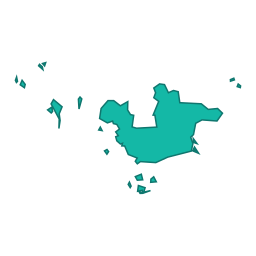 outline of Basilan, Basilan, Philippines
{"feature_id": "2640588B29921835743372", "entity_name": "Basilan", "entity_type": "district", "adm_level": 2, "iso_a3": "PHL", "parent_name": "Philippines", "parent_adm1": "Basilan", "projection": "orthographic", "projection_center": [121.96, 6.593], "detail": "medium", "context": "isolated", "style": "filled", "palette": "teal", "viewbox_px": 256, "rotation_deg": 0, "n_neighbors": 0, "source": "geoboundaries", "source_scale": "gbopen_adm2", "svg_char_len": 1855}
<svg xmlns="http://www.w3.org/2000/svg" viewBox="0 0 256 256"><path d="M127.8,101.6L120.4,105.8L113.7,100.6L108.0,100.6L101.1,108.5L99.6,118.5L107.4,122.9L112.6,121.1L113.4,123.6L116.8,124.4L119.5,129.0L115.7,131.9L118.3,135.7L115.7,136.7L116.8,140.8L120.4,144.0L122.5,143.3L121.8,145.9L124.7,146.0L128.3,154.5L137.2,158.0L135.3,161.3L137.3,163.8L140.4,161.6L155.8,162.6L167.8,157.1L191.3,151.1L192.9,143.7L190.7,137.2L193.5,134.6L195.7,123.3L202.0,119.9L217.0,121.0L222.5,113.2L217.6,108.5L208.2,109.4L201.3,103.8L179.8,102.7L178.2,91.7L173.5,90.5L168.4,92.7L164.5,84.6L159.6,83.9L153.8,88.0L155.6,92.8L153.8,97.7L158.7,101.4L153.1,115.1L154.9,115.2L156.8,127.1L136.5,128.2L132.1,126.9L133.7,115.3L130.5,114.6L127.6,110.0L127.8,101.6ZM53.5,99.6L51.1,103.9L59.2,119.0L58.9,128.5L60.1,120.5L59.2,113.8L62.1,106.8L53.5,99.6ZM138.4,185.5L137.6,191.3L142.2,190.3L142.7,192.9L139.2,191.9L140.1,193.4L142.8,193.3L150.5,190.6L143.8,192.1L145.1,187.7L138.4,185.5ZM141.3,174.2L135.3,176.6L137.3,180.2L142.7,179.8L141.3,174.2ZM80.0,97.0L78.4,99.1L79.0,109.0L81.8,98.9L80.0,97.0ZM22.1,80.3L20.2,84.8L24.4,87.7L25.2,84.4L22.1,80.3ZM51.7,107.2L47.6,109.9L51.2,113.0L52.6,111.5L51.7,107.2ZM153.7,176.8L150.9,179.1L150.7,182.3L156.3,181.8L153.7,176.8ZM107.0,149.5L104.5,150.9L106.9,154.2L108.6,151.6L107.0,149.5ZM194.5,147.0L193.6,148.9L194.9,150.4L192.9,150.3L192.4,150.7L198.6,153.3L194.5,147.0ZM129.4,182.1L128.2,184.4L130.2,187.6L131.1,186.1L129.4,182.1ZM39.5,64.3L38.6,65.8L42.9,69.6L42.3,66.8L39.5,64.3ZM233.8,78.2L230.4,79.6L230.5,81.2L234.4,79.9L233.8,78.2ZM197.0,143.6L193.3,138.6L193.7,142.5L197.0,143.6ZM238.2,84.0L237.2,86.6L240.3,87.6L240.6,85.9L238.2,84.0ZM100.3,127.1L98.7,130.0L102.1,130.6L100.3,127.1ZM45.7,62.6L42.5,63.5L44.6,65.9L45.7,62.6ZM16.6,77.0L15.4,80.3L16.4,82.5L17.5,81.4L16.6,77.0Z" fill="#14b8a6" stroke="#0f766e" stroke-width="1.5"/></svg>